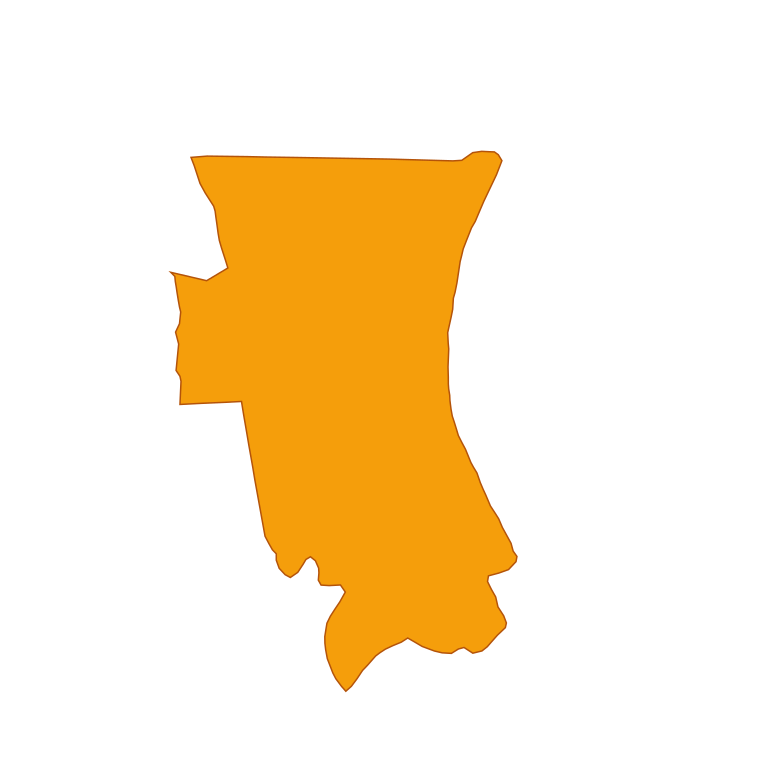 Bacabeira, Maranhão, Brazil, rotated 157°
{"feature_id": "56859067B76385045703481", "entity_name": "Bacabeira", "entity_type": "district", "adm_level": 2, "iso_a3": "BRA", "parent_name": "Brazil", "parent_adm1": "Maranhão", "projection": "albers", "projection_center": [-44.352, -2.93], "detail": "fine", "context": "isolated", "style": "filled", "palette": "amber", "viewbox_px": 768, "rotation_deg": 157, "n_neighbors": 0, "source": "geoboundaries", "source_scale": "gbopen_adm2", "svg_char_len": 2127}
<svg xmlns="http://www.w3.org/2000/svg" viewBox="0 0 768 768"><g transform="rotate(157 384 384)"><path d="M539.2,116.1L532.1,118.5L523.9,123.3L515.7,128.7L509.0,131.6L498.0,136.9L492.9,138.2L486.3,139.4L478.0,139.7L469.0,139.6L461.4,140.9L457.1,135.2L451.4,127.5L441.9,118.5L435.5,113.8L427.2,109.7L419.0,111.0L413.3,110.2L407.4,101.5L398.1,100.0L391.6,101.8L386.9,104.1L377.7,108.5L367.5,112.3L364.7,116.2L364.4,123.8L366.2,134.3L364.4,144.3L365.4,153.0L365.9,161.7L362.8,166.6L352.1,165.1L341.9,164.5L331.9,168.9L329.0,173.3L330.4,179.7L329.3,187.7L330.1,195.8L331.1,205.7L331.1,215.0L332.1,221.2L333.7,230.2L333.7,242.0L333.9,248.4L333.9,255.6L333.2,265.7L334.2,272.7L334.7,277.8L334.5,292.1L335.2,299.8L335.7,307.5L334.9,314.7L334.2,321.6L333.7,327.7L332.2,334.4L329.8,342.9L327.9,348.0L326.4,354.1L324.8,358.8L322.2,365.0L318.4,374.7L310.7,391.0L308.9,396.6L305.3,406.4L295.6,420.0L291.6,425.9L286.6,435.9L282.8,440.6L277.4,448.5L266.1,466.9L262.4,471.8L258.3,477.4L251.8,484.1L242.4,493.6L236.5,498.0L227.6,506.6L220.6,513.3L198.7,532.7L188.2,543.5L189.2,550.4L191.7,554.5L196.6,556.8L203.2,560.0L211.9,562.3L225.0,559.5L233.5,562.5L292.0,589.3L303.2,594.3L377.4,627.3L404.1,639.1L421.2,646.8L457.8,662.9L473.1,668.0L473.4,659.0L475.0,640.4L473.9,629.6L471.3,614.2L471.9,609.1L473.4,603.8L475.4,596.3L477.8,587.6L479.5,580.4L480.4,572.7L481.6,559.4L482.4,551.8L506.9,548.4L536.6,570.1L534.5,564.8L536.1,559.7L537.3,554.6L538.6,549.7L540.7,541.2L542.2,534.6L543.0,529.7L548.7,519.4L555.6,513.2L557.4,501.0L570.1,477.7L568.8,470.8L569.8,465.8L579.8,444.9L559.5,437.5L536.8,429.0L530.5,426.7L522.0,423.6L525.1,411.0L529.7,391.5L532.3,380.6L537.3,358.8L540.4,346.0L553.0,290.3L552.3,282.1L551.5,275.0L549.5,269.8L552.0,263.9L552.5,255.3L549.5,247.1L545.8,242.5L537.0,244.3L529.0,249.6L524.4,253.0L519.2,253.7L516.2,248.1L516.1,240.1L517.7,235.6L521.1,229.1L520.5,223.5L513.3,219.9L502.6,216.0L500.9,207.6L509.8,200.7L517.2,195.9L524.1,191.2L530.0,186.1L533.1,181.2L537.2,174.6L539.7,168.4L541.5,162.3L543.5,153.3L544.0,138.0L543.5,131.5L541.2,122.1L539.2,116.1Z" fill="#f59e0b" stroke="#b45309" stroke-width="1.5"/></g></svg>